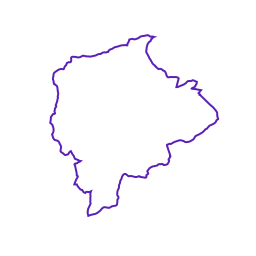 Sutatausa, Cundinamarca, Colombia, rotated 14°
{"feature_id": "7082276B12130404370303", "entity_name": "Sutatausa", "entity_type": "district", "adm_level": 2, "iso_a3": "COL", "parent_name": "Colombia", "parent_adm1": "Cundinamarca", "projection": "albers", "projection_center": [-73.854, 5.238], "detail": "fine", "context": "isolated", "style": "outline", "palette": "violet", "viewbox_px": 256, "rotation_deg": 14, "n_neighbors": 0, "source": "geoboundaries", "source_scale": "gbopen_adm2", "svg_char_len": 5739}
<svg xmlns="http://www.w3.org/2000/svg" viewBox="0 0 256 256"><g transform="rotate(14 128 128)"><path d="M209.7,90.5L209.4,90.1L205.7,87.4L201.2,85.1L190.3,78.7L189.8,78.6L190.0,78.3L189.6,78.0L188.0,77.1L189.7,73.6L185.6,73.9L184.1,73.9L182.6,74.2L182.1,74.2L180.6,74.5L180.3,74.4L180.8,73.4L181.8,73.1L183.1,71.5L183.0,71.3L183.2,70.4L183.5,69.6L183.7,68.9L183.8,68.8L183.8,68.4L183.7,67.0L183.6,66.5L182.8,66.5L180.6,66.0L179.2,66.0L178.3,66.8L177.4,67.3L175.6,67.7L174.9,68.0L174.5,68.4L174.2,68.8L173.2,70.6L171.5,72.4L170.2,73.3L166.2,76.3L165.1,76.6L165.1,72.1L165.2,68.5L165.1,67.5L163.7,66.9L162.1,67.0L159.8,67.6L157.1,68.2L154.8,69.1L154.3,69.1L153.9,68.9L153.4,68.4L152.7,67.7L152.1,66.6L150.7,64.6L150.1,64.2L149.5,63.9L148.3,63.8L147.6,63.3L147.1,63.1L146.0,62.8L144.9,62.8L143.4,63.4L142.7,63.2L140.7,62.1L140.5,61.9L140.2,61.9L139.7,61.7L139.5,61.2L139.2,61.0L137.1,60.0L136.4,59.6L135.8,59.1L134.6,57.7L133.6,56.7L133.3,56.3L133.0,56.0L131.9,55.2L131.0,53.9L127.8,50.4L127.3,49.7L127.1,49.3L127.0,48.1L126.6,44.9L126.7,42.5L126.8,41.5L127.6,39.6L127.9,39.1L128.7,38.4L128.9,37.9L129.1,36.1L129.7,35.5L129.8,35.0L130.1,34.7L130.5,33.8L131.2,33.3L130.6,33.3L129.5,33.4L127.9,33.9L127.0,33.8L125.6,33.2L124.9,33.2L124.4,33.2L121.7,34.6L119.9,35.3L118.1,36.2L117.7,36.5L117.2,37.3L116.0,38.6L113.6,40.1L112.9,40.4L112.2,40.5L110.8,40.4L110.3,40.6L107.9,41.8L107.8,44.1L107.1,46.3L107.1,46.8L107.4,47.6L107.3,47.9L107.1,48.1L106.4,48.2L105.7,48.1L101.7,49.4L100.4,50.1L98.6,51.3L97.9,51.6L97.3,52.0L95.8,52.7L95.4,52.9L94.7,53.8L93.8,54.6L93.3,55.2L91.7,56.1L91.3,56.5L90.6,57.5L90.5,58.1L90.4,58.9L90.0,58.9L89.5,59.3L88.3,60.1L87.0,60.2L86.5,60.4L85.4,60.9L84.5,61.6L84.0,62.3L83.5,62.8L82.3,63.1L81.3,63.6L79.9,64.7L79.2,65.4L74.3,67.8L71.4,68.3L70.0,68.6L68.2,68.6L66.9,68.7L66.6,68.9L64.4,70.8L63.1,71.4L61.9,71.7L60.1,71.7L57.8,72.1L57.2,72.2L56.3,72.7L55.9,73.3L55.8,73.8L56.4,75.4L56.6,76.6L56.6,77.2L56.5,77.7L56.1,78.1L55.7,78.3L54.5,78.5L54.2,78.7L52.9,79.9L52.9,81.8L52.7,82.1L52.4,82.4L51.9,83.3L51.6,84.7L51.5,86.1L51.1,86.6L50.9,86.7L49.4,86.7L47.9,87.3L47.3,87.6L45.7,89.1L43.6,91.5L42.8,92.8L42.8,93.5L42.9,94.7L43.1,95.9L43.1,97.5L43.2,98.5L44.7,101.0L44.8,102.0L45.2,102.4L45.7,102.6L45.8,103.3L46.3,103.3L46.9,103.6L48.8,104.4L49.6,105.6L50.1,106.9L51.0,109.4L52.0,111.5L52.2,112.2L52.1,114.1L52.3,114.9L52.7,115.4L52.7,115.7L52.7,117.6L52.8,119.6L52.4,123.5L52.7,123.7L53.0,124.0L53.2,124.6L52.6,126.0L52.6,126.3L52.4,127.0L52.4,127.3L52.6,128.1L52.6,129.6L53.3,130.7L53.5,131.1L53.6,131.6L53.4,132.0L52.2,132.4L52.0,132.5L51.2,134.4L50.6,135.8L50.6,136.6L51.0,138.1L51.2,140.0L51.2,141.5L51.3,141.8L51.6,142.0L52.9,142.6L53.6,143.1L54.0,143.4L55.0,145.0L55.9,146.6L56.1,147.4L56.4,148.4L56.5,149.8L56.4,150.9L55.9,152.7L56.8,154.0L58.0,156.0L58.7,156.6L59.5,157.2L59.8,157.3L61.7,157.3L63.6,157.7L64.8,158.8L65.5,159.8L66.2,160.4L66.7,161.1L67.4,161.9L67.6,162.2L68.0,166.1L68.2,166.9L68.4,167.1L69.1,167.6L70.9,168.2L72.6,169.1L73.3,169.4L74.0,169.3L74.5,169.1L76.3,167.9L76.9,165.9L77.2,165.4L77.5,164.9L78.2,164.3L79.8,166.2L80.7,167.1L82.2,168.3L83.8,170.6L84.4,170.9L85.9,170.9L86.3,171.0L87.6,171.2L89.0,171.6L90.0,171.5L89.4,172.3L87.8,173.4L87.3,174.3L87.0,174.6L85.9,175.0L85.3,175.4L85.0,175.7L84.9,176.1L85.0,176.4L85.1,176.7L85.7,177.2L89.1,184.2L89.6,185.6L89.8,186.5L90.9,186.9L91.0,187.2L91.0,188.0L90.9,188.4L90.5,189.5L90.2,190.9L89.7,193.8L89.6,195.7L91.9,195.1L93.3,196.7L96.3,198.9L96.8,199.2L97.7,199.3L98.5,199.2L100.5,201.1L102.2,201.3L102.2,201.1L103.0,200.1L103.6,199.9L104.5,199.8L105.6,199.6L106.5,199.1L107.4,198.4L107.3,199.4L107.4,201.4L108.1,202.9L108.4,205.3L109.0,207.0L109.2,208.7L110.0,210.3L109.5,213.1L108.9,216.1L109.0,217.8L109.4,220.4L110.1,221.5L110.7,222.8L112.8,221.4L117.3,219.1L118.2,218.3L118.9,217.6L120.4,215.8L121.4,214.3L122.2,212.5L123.1,211.3L123.6,210.9L124.3,210.5L125.1,210.4L128.3,210.2L129.1,209.9L129.7,209.6L131.2,208.0L132.2,207.5L134.7,206.4L135.5,205.7L135.8,204.9L135.7,203.2L135.1,200.3L135.1,200.0L135.3,199.4L135.6,198.9L135.6,197.9L135.3,197.0L134.4,196.4L133.7,195.4L133.2,193.2L133.1,190.9L133.5,189.5L133.6,188.4L133.6,187.6L133.2,186.5L133.2,185.0L133.5,183.5L133.3,181.4L133.4,180.5L133.9,179.4L134.0,176.7L134.2,176.1L134.3,175.5L134.8,174.3L135.3,173.9L135.7,173.5L136.7,173.2L137.6,173.5L140.0,174.6L140.5,174.6L141.9,174.0L142.6,173.8L143.5,173.8L146.4,173.8L147.6,173.7L148.7,173.2L150.3,172.1L150.7,172.0L151.2,172.1L151.6,172.5L151.9,172.5L154.8,172.2L156.2,172.1L157.0,172.0L157.6,171.4L157.7,171.1L157.6,170.5L157.4,170.2L157.3,169.9L157.3,169.3L157.6,168.8L158.5,167.9L158.6,167.5L158.6,167.1L157.2,165.4L157.2,165.2L158.1,162.9L158.7,161.8L159.1,161.2L160.4,160.0L161.4,159.3L165.5,157.3L165.7,156.9L166.0,156.2L166.3,155.9L167.0,155.5L168.1,155.4L169.3,154.7L170.0,154.6L170.5,154.7L171.2,155.2L171.5,155.3L172.5,155.0L173.9,154.4L174.3,154.2L174.7,153.8L175.3,152.9L175.9,150.5L175.8,149.7L175.4,149.2L175.1,149.1L175.0,148.8L175.0,148.6L175.3,148.2L175.5,146.8L175.8,146.3L175.8,145.6L176.0,145.1L175.7,144.7L175.4,144.7L175.0,143.3L174.1,142.0L172.4,139.3L170.0,135.5L169.9,135.3L169.9,134.9L170.2,134.6L171.5,133.8L171.9,133.3L173.3,133.2L174.9,131.8L175.2,131.4L176.7,130.1L180.7,127.6L181.8,127.2L182.6,127.1L185.0,127.2L185.8,127.4L186.6,127.7L187.5,127.7L188.4,127.5L191.0,126.3L191.8,125.6L193.8,123.6L194.2,123.1L194.6,122.4L195.0,120.7L195.2,120.1L195.5,119.6L195.9,119.1L198.3,117.2L201.2,114.4L202.6,112.3L203.0,111.3L203.4,110.6L203.6,110.4L204.5,109.8L204.7,109.6L206.1,106.7L206.7,105.9L209.5,103.7L210.8,102.4L211.4,101.5L211.7,100.8L211.8,100.2L212.0,99.0L213.2,97.7L213.1,97.2L211.7,94.8L211.1,92.5L210.8,91.7L210.3,91.0L209.9,90.6L209.7,90.5Z" fill="none" stroke="#5b21b6" stroke-width="2"/></g></svg>